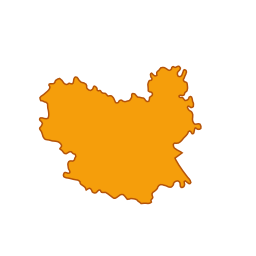 Slutsk, Minsk, Belarus, rotated 55°
{"feature_id": "67162791B93573624741448", "entity_name": "Slutsk", "entity_type": "district", "adm_level": 2, "iso_a3": "BLR", "parent_name": "Belarus", "parent_adm1": "Minsk", "projection": "orthographic", "projection_center": [27.567, 53.118], "detail": "fine", "context": "isolated", "style": "filled", "palette": "amber", "viewbox_px": 256, "rotation_deg": 55, "n_neighbors": 0, "source": "geoboundaries", "source_scale": "gbopen_adm2", "svg_char_len": 5830}
<svg xmlns="http://www.w3.org/2000/svg" viewBox="0 0 256 256"><g transform="rotate(55 128 128)"><path d="M55.5,183.8L56.7,182.5L58.9,181.3L59.9,180.4L61.2,180.1L62.0,180.0L64.7,181.7L66.0,182.4L68.0,183.2L69.4,183.9L71.3,185.0L72.8,186.2L74.0,187.7L73.8,189.1L73.2,190.0L72.0,191.3L70.8,192.2L69.6,193.7L69.5,194.6L70.1,195.4L71.1,195.7L72.0,195.6L72.6,195.3L74.0,195.3L75.3,195.6L76.4,197.3L76.9,198.5L77.2,200.0L77.9,200.8L78.9,201.0L81.3,201.0L83.9,201.7L84.8,202.0L85.9,202.4L87.1,202.6L89.0,202.6L90.2,202.0L91.6,200.6L92.5,199.6L95.1,197.5L96.7,195.6L97.8,194.4L99.3,193.1L100.8,192.5L102.3,192.2L103.8,192.3L104.8,192.9L105.5,194.4L105.7,195.5L106.2,195.8L107.6,195.3L108.3,195.0L111.8,194.8L112.8,194.3L113.6,193.4L113.7,192.4L113.8,190.6L114.0,189.3L115.0,188.1L116.8,187.8L117.8,187.5L119.0,186.5L120.0,186.5L121.4,187.1L122.3,189.0L123.3,190.0L123.5,191.1L123.4,192.3L122.4,193.4L121.7,194.5L121.6,195.8L122.4,197.3L123.4,198.2L126.5,199.8L127.5,200.2L129.0,200.3L130.1,200.5L131.2,201.3L131.2,202.1L130.6,203.2L129.6,203.8L128.6,204.7L128.2,205.4L128.2,206.0L128.8,207.1L129.6,208.0L131.0,208.5L132.3,207.9L133.3,207.2L134.9,205.5L136.8,203.8L138.9,202.0L141.9,199.0L143.5,198.3L144.4,198.1L145.4,198.7L146.3,198.9L147.3,198.8L150.2,197.7L152.2,197.2L154.8,197.8L154.9,195.4L155.3,194.1L156.3,193.5L158.1,193.5L159.8,193.9L161.0,193.5L162.2,192.5L162.7,191.3L162.5,189.8L162.2,188.7L162.2,187.2L163.2,186.4L164.3,186.6L165.4,186.6L166.3,185.7L167.9,183.3L170.2,182.3L174.2,181.0L176.2,180.4L177.5,179.8L178.2,178.7L178.4,177.2L178.3,172.6L178.8,171.3L179.9,170.1L182.2,169.7L186.0,169.5L187.0,167.6L187.4,166.1L188.6,164.7L189.7,163.5L190.8,162.6L192.0,161.9L193.8,161.7L195.8,160.9L197.4,160.6L198.1,159.4L198.8,158.1L200.0,156.4L201.3,154.9L201.9,153.7L202.2,152.4L202.1,151.3L200.5,150.8L200.0,150.0L199.7,148.5L199.2,147.6L198.1,147.1L197.1,146.9L195.6,146.0L195.0,144.6L195.0,142.4L194.7,139.8L194.1,138.3L193.3,137.3L192.8,135.5L193.0,133.9L194.2,132.3L195.6,131.3L196.8,130.2L198.1,129.4L199.4,128.7L200.7,127.4L201.2,126.3L201.1,125.2L200.5,123.3L199.5,122.5L199.0,120.9L199.1,119.3L199.8,117.7L200.9,117.0L202.1,116.8L203.7,117.3L204.5,117.9L206.0,118.6L207.2,118.5L208.0,117.3L208.0,115.8L207.4,114.8L206.6,113.9L205.3,113.4L204.1,112.6L204.2,111.4L205.3,111.0L206.9,110.6L208.7,109.9L209.1,109.0L208.7,107.8L206.8,107.2L205.0,107.1L202.6,107.4L194.3,107.7L187.5,107.6L181.3,107.1L179.6,106.7L179.4,97.9L177.8,98.5L174.1,100.4L171.1,101.5L170.4,101.5L169.0,101.2L167.4,100.3L167.1,99.3L167.2,98.2L168.0,97.6L169.2,95.3L169.3,93.5L169.1,91.7L168.7,90.0L168.2,88.5L167.8,86.2L167.5,84.6L166.9,82.6L166.5,81.9L165.7,80.7L165.8,79.2L166.9,78.7L167.5,78.7L168.6,78.8L169.6,78.7L170.0,77.7L169.7,76.8L168.8,75.9L166.6,73.4L166.7,72.6L167.6,72.2L168.7,71.9L169.5,71.1L170.1,70.0L170.1,68.6L168.8,67.5L167.4,67.0L166.0,66.9L164.9,67.9L163.8,70.2L163.1,71.1L162.0,71.4L159.5,71.1L157.7,70.1L156.2,68.8L154.2,67.3L152.6,66.8L151.4,66.7L150.2,67.0L149.1,67.6L148.1,67.8L147.3,67.9L145.4,67.6L144.8,67.0L144.6,66.1L145.4,65.5L147.3,64.8L147.8,64.0L147.9,63.3L147.9,62.2L146.2,60.8L145.2,60.2L143.2,59.8L142.0,59.2L140.4,58.5L139.0,58.2L138.0,58.8L137.8,60.1L138.3,61.0L138.9,61.8L139.1,63.2L138.6,64.8L138.2,65.5L136.8,65.7L134.5,65.8L133.9,66.3L133.6,67.0L132.9,67.8L132.1,68.2L131.1,68.0L130.9,67.2L131.2,66.3L131.8,65.6L132.4,65.0L132.8,64.4L133.1,63.4L132.7,62.5L131.6,61.0L131.5,58.8L130.9,57.8L129.7,56.5L128.7,55.8L126.0,54.3L124.7,53.9L123.4,54.4L122.7,55.1L122.0,55.3L120.6,55.2L119.6,54.3L119.3,53.3L118.3,52.0L117.8,51.1L117.2,50.0L115.7,48.0L114.4,47.5L113.6,47.6L112.5,48.5L112.8,49.7L113.7,50.8L114.3,51.7L115.4,53.3L115.8,54.2L115.9,55.4L115.4,56.4L114.6,57.0L113.8,57.2L112.2,56.7L110.9,55.6L110.4,54.1L110.2,52.7L109.7,51.5L109.0,50.7L107.0,50.7L106.2,51.4L105.9,52.5L105.7,54.1L105.2,54.9L103.6,55.8L103.4,56.5L103.6,57.5L104.3,58.2L104.7,59.0L104.8,59.9L104.6,60.9L104.0,61.6L100.7,62.9L99.4,63.6L98.4,64.7L97.5,66.6L97.8,67.3L98.0,68.5L98.5,69.7L98.5,71.3L99.0,72.6L99.5,73.0L100.4,73.6L101.4,74.1L101.3,74.9L101.1,75.7L100.6,76.2L99.4,76.7L98.3,76.9L97.3,77.0L96.6,77.2L96.5,78.1L96.9,78.8L98.4,79.6L99.5,80.0L100.9,79.9L101.7,80.3L102.2,81.3L102.0,82.1L101.5,82.9L101.5,83.7L102.1,84.8L103.0,86.0L103.8,86.8L107.4,88.9L109.2,90.1L109.9,89.9L111.0,89.4L111.8,88.5L112.6,88.2L113.6,88.2L114.7,88.9L115.2,89.9L115.2,90.9L115.2,92.2L115.4,92.9L116.3,93.6L117.0,94.3L117.9,95.4L117.9,96.0L117.3,97.2L116.4,97.6L115.6,97.8L113.5,97.8L112.4,98.1L111.2,99.4L109.6,100.8L108.2,102.4L106.2,102.7L104.9,102.8L104.0,102.9L103.3,103.5L102.5,104.3L102.4,105.2L103.1,106.1L104.1,106.7L104.8,107.3L105.4,108.4L105.7,109.0L106.0,109.9L106.3,110.7L106.1,111.9L105.7,112.7L105.4,113.6L105.0,114.8L104.3,115.8L103.0,116.8L102.0,117.1L101.4,117.4L100.8,118.4L100.7,119.4L100.9,120.0L101.5,121.3L101.4,122.0L101.0,122.9L100.2,123.5L98.8,123.4L96.5,122.9L95.4,122.7L94.6,122.7L93.1,122.9L92.2,123.2L91.3,124.1L90.4,126.0L89.7,126.3L88.7,126.3L87.8,126.4L86.7,126.7L86.3,127.0L85.5,128.1L84.8,128.7L83.8,129.2L82.8,129.2L82.0,129.2L81.4,129.3L81.0,129.7L80.8,130.5L80.4,131.1L79.3,131.5L78.9,131.4L77.8,130.7L76.6,130.6L75.6,130.9L74.6,131.3L74.3,131.9L74.5,132.6L75.5,134.0L75.9,134.9L75.9,136.3L75.7,137.3L74.2,138.4L72.5,138.8L71.6,138.8L70.7,138.4L69.7,137.6L67.9,137.3L66.9,137.8L65.7,138.3L64.8,139.2L63.5,140.2L62.2,140.4L61.2,140.7L58.7,140.6L57.3,140.7L56.2,141.6L56.0,142.6L56.6,143.9L57.6,145.0L58.7,146.0L59.7,147.2L59.8,148.5L59.0,149.4L57.7,150.4L57.4,151.3L57.6,152.3L56.9,153.7L55.7,154.4L54.5,154.8L51.2,154.8L48.2,155.6L47.6,157.4L47.5,159.9L48.0,161.0L48.7,161.7L49.0,162.9L48.7,164.1L47.1,166.4L46.9,167.5L47.5,168.2L48.5,168.2L49.7,168.5L50.7,169.6L51.3,170.9L51.7,173.0L51.9,175.0L52.2,177.8L52.2,181.2L52.7,182.8L54.0,183.4L55.5,183.8Z" fill="#f59e0b" stroke="#b45309" stroke-width="1.5"/></g></svg>